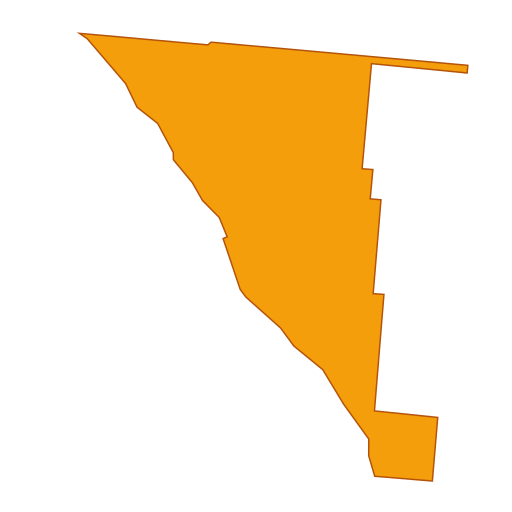 Merrick, Nebraska, United States of America (Robinson projection), rotated 95°
{"feature_id": "52423323B25038053629018", "entity_name": "Merrick", "entity_type": "district", "adm_level": 2, "iso_a3": "USA", "parent_name": "United States of America", "parent_adm1": "Nebraska", "projection": "robinson", "projection_center": [-97.996, 41.132], "detail": "fine", "context": "isolated", "style": "filled", "palette": "amber", "viewbox_px": 512, "rotation_deg": 95, "n_neighbors": 0, "source": "geoboundaries", "source_scale": "gbopen_adm2", "svg_char_len": 635}
<svg xmlns="http://www.w3.org/2000/svg" viewBox="0 0 512 512"><g transform="rotate(95 256 256)"><path d="M325.6,225.2L342.4,210.4L363.4,179.6L396.2,155.6L428.5,127.7L445.2,126.3L465.1,118.5L465.0,106.7L464.8,60.7L401.0,60.9L400.0,124.5L283.1,125.2L283.3,136.0L189.1,136.4L189.1,147.2L159.7,147.1L159.8,157.9L54.3,157.7L55.3,61.6L47.6,61.6L46.9,319.4L49.9,322.4L49.7,394.8L49.6,416.3L49.6,447.7L49.6,451.3L54.1,443.2L95.6,400.9L118.2,387.4L132.5,365.5L160.2,347.4L167.3,346.7L188.5,325.8L205.4,314.1L220.9,295.9L239.4,286.4L241.5,290.3L290.7,268.8L297.8,262.5L325.6,225.2Z" fill="#f59e0b" stroke="#b45309" stroke-width="1.5"/></g></svg>